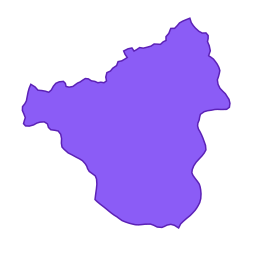 outline of São José da Barra, Minas Gerais, Brazil, rotated 85°
{"feature_id": "56859067B48655576438167", "entity_name": "São José da Barra", "entity_type": "district", "adm_level": 2, "iso_a3": "BRA", "parent_name": "Brazil", "parent_adm1": "Minas Gerais", "projection": "orthographic", "projection_center": [-46.25, -20.76], "detail": "fine", "context": "isolated", "style": "filled", "palette": "violet", "viewbox_px": 256, "rotation_deg": 85, "n_neighbors": 0, "source": "geoboundaries", "source_scale": "gbopen_adm2", "svg_char_len": 2437}
<svg xmlns="http://www.w3.org/2000/svg" viewBox="0 0 256 256"><g transform="rotate(85 128 128)"><path d="M104.9,230.5L108.8,229.4L111.6,230.6L114.6,231.7L117.0,229.9L117.5,226.1L116.7,221.8L115.2,218.5L114.5,215.2L114.6,210.9L116.9,207.9L120.5,207.2L123.0,205.1L123.9,201.1L124.9,197.8L128.4,195.6L132.7,195.1L137.3,195.7L141.2,195.4L143.6,193.6L145.5,191.8L147.6,189.8L149.8,186.2L152.5,182.2L154.5,179.0L156.6,176.2L159.9,173.7L162.5,172.4L165.0,171.8L167.9,170.4L170.4,167.5L172.8,164.8L176.1,163.8L181.2,163.9L186.0,164.8L189.5,165.6L192.6,166.3L196.4,167.1L198.5,165.3L201.2,162.6L204.5,159.0L207.1,156.3L209.2,154.2L211.2,152.1L213.5,149.5L215.5,146.8L217.4,144.7L219.7,142.0L221.5,138.5L223.0,135.0L224.0,132.2L225.0,129.1L225.4,125.9L225.4,122.3L225.3,119.4L225.7,113.9L227.1,110.9L229.2,107.5L230.0,102.9L229.2,100.3L228.1,97.5L227.7,93.7L229.0,90.2L232.0,86.3L228.1,83.9L225.8,81.1L223.1,77.4L220.6,73.7L218.1,70.8L215.8,68.3L213.8,66.6L211.3,64.8L208.6,63.1L204.7,61.7L200.0,61.0L195.9,61.0L192.8,61.3L190.1,61.9L187.4,63.4L184.3,65.4L180.9,67.4L178.2,68.3L175.0,67.6L171.4,65.8L168.0,63.1L164.8,59.6L162.2,56.7L159.6,54.3L156.6,52.3L152.1,52.3L148.2,53.3L144.5,54.3L141.1,55.4L137.8,56.7L135.2,57.9L132.0,58.5L129.3,58.0L126.2,56.4L123.5,55.7L120.7,54.7L118.4,50.7L117.7,47.2L117.5,43.1L117.1,39.9L117.2,37.2L117.7,33.3L118.0,28.1L116.2,25.2L112.3,24.3L108.3,24.9L105.7,26.3L102.4,28.0L99.5,30.5L96.5,32.9L92.3,34.5L87.8,34.8L84.7,33.4L81.6,32.3L78.8,31.5L75.5,32.2L72.1,33.6L69.4,35.2L66.8,36.9L64.9,39.0L63.0,41.4L58.3,39.3L53.1,39.9L48.8,41.3L45.9,40.4L42.9,40.1L40.1,42.0L39.9,45.8L37.8,49.0L34.3,52.2L31.8,54.0L28.5,55.8L24.0,56.8L25.0,60.1L26.3,64.2L27.8,67.5L30.4,70.1L32.8,72.9L32.5,76.7L37.3,79.1L40.3,82.2L44.1,82.5L45.2,85.4L47.5,88.4L47.0,91.7L46.6,94.7L48.4,97.9L49.2,102.0L49.8,105.8L48.9,109.4L50.5,112.2L51.9,115.3L48.6,117.1L49.1,121.1L50.9,125.6L54.4,124.5L57.7,122.6L59.3,125.6L60.6,128.5L61.0,132.1L64.8,133.9L67.1,138.0L69.7,140.5L71.0,144.2L75.3,145.7L79.2,145.3L80.8,148.0L80.0,151.1L80.3,154.1L78.7,156.9L77.8,160.4L75.6,163.2L75.0,166.2L76.4,169.0L77.9,171.6L78.8,174.3L80.2,176.7L81.8,179.2L82.2,183.1L81.2,186.1L78.1,186.5L75.9,188.3L76.0,192.5L77.2,196.0L79.9,198.7L83.5,201.1L85.5,203.9L84.2,206.9L83.2,210.5L82.5,214.4L79.0,217.0L76.0,221.0L79.8,223.0L83.5,224.4L87.3,225.5L92.2,226.9L94.9,228.7L97.5,231.2L101.3,231.7L104.9,230.5Z" fill="#8b5cf6" stroke="#5b21b6" stroke-width="1.5"/></g></svg>